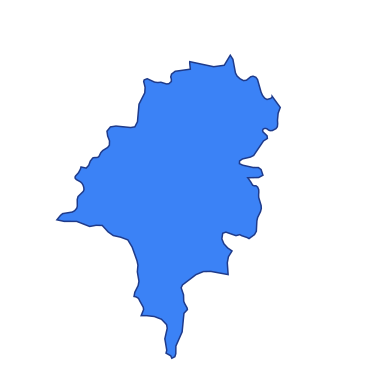 an SVG outline of Alpes-de-Haute-Provence, rotated 141°
{"feature_id": "FRA-5265", "entity_name": "Alpes-de-Haute-Provence", "entity_type": "Metropolitan department", "adm_level": 1, "iso_a3": "FRA", "parent_name": "France", "parent_adm1": "", "projection": "orthographic", "projection_center": [6.23, 44.166], "detail": "fine", "context": "isolated", "style": "filled", "palette": "blue", "viewbox_px": 384, "rotation_deg": 141, "n_neighbors": 0, "source": "natural_earth", "source_scale": "10m", "svg_char_len": 2752}
<svg xmlns="http://www.w3.org/2000/svg" viewBox="0 0 384 384"><g transform="rotate(141 192 192)"><path d="M312.3,75.5L311.6,78.1L313.6,83.1L311.2,84.9L305.5,95.0L297.0,101.7L295.2,104.9L295.8,112.3L299.6,118.9L304.8,124.2L309.3,127.9L303.6,131.1L302.4,133.1L301.1,140.5L300.7,142.0L300.6,143.2L301.3,145.3L302.0,146.4L302.8,147.3L299.5,150.1L292.7,153.2L289.4,156.0L284.7,164.4L280.1,169.1L278.0,173.2L273.2,186.8L272.0,195.2L275.9,201.8L280.6,207.7L282.3,213.8L282.8,222.5L287.5,226.5L293.2,229.6L300.1,241.7L309.9,249.7L314.5,255.4L308.8,256.6L306.1,256.6L297.7,251.8L295.0,251.3L291.8,251.9L290.1,253.1L285.9,258.4L283.4,260.2L276.0,260.9L274.5,261.8L273.3,263.5L272.4,265.7L272.0,268.0L272.3,270.1L274.0,274.3L274.2,276.0L273.5,277.2L272.5,277.7L268.1,278.4L264.3,280.0L262.5,281.3L259.2,277.2L255.5,277.7L251.6,280.0L247.7,280.9L246.5,280.4L244.4,278.8L243.3,278.2L241.9,278.2L238.0,280.0L235.2,280.4L229.6,279.7L226.8,280.3L223.9,283.7L222.3,288.6L219.8,292.8L214.4,293.9L209.6,291.1L199.1,280.7L195.4,278.6L190.2,280.9L177.9,293.6L166.3,298.8L162.6,302.8L160.0,308.3L158.6,309.2L155.5,308.2L151.9,300.9L149.7,298.6L147.1,296.9L143.8,292.0L141.8,290.7L138.5,290.9L137.1,292.6L136.1,294.8L133.7,296.5L129.1,296.4L116.0,288.5L112.6,293.7L111.7,294.7L96.3,275.7L87.2,270.2L76.2,274.2L76.7,269.4L83.3,257.2L84.0,253.8L83.4,249.7L81.9,246.2L79.4,244.6L73.9,244.6L71.7,243.6L70.2,241.0L70.3,238.2L75.5,226.1L76.4,222.7L76.5,219.3L75.5,216.7L72.2,215.3L70.3,215.1L69.5,216.0L70.2,202.2L75.5,199.0L80.4,194.0L82.5,191.1L84.6,189.0L86.9,188.4L90.9,189.2L92.7,190.5L93.6,192.1L93.8,193.5L94.6,194.9L95.8,195.8L97.1,196.1L98.3,195.5L99.0,194.2L98.3,188.4L99.7,186.2L104.3,186.7L121.1,181.6L124.7,182.4L131.9,185.9L135.5,186.2L137.3,184.2L135.7,180.9L129.1,172.6L125.0,169.2L124.2,166.0L126.3,160.4L131.1,161.3L139.7,168.0L140.0,163.0L140.6,159.1L139.7,157.6L138.4,156.6L137.9,154.5L138.7,151.8L140.3,149.7L142.0,147.9L143.6,145.8L146.8,138.0L148.5,135.6L151.2,133.6L157.0,130.9L159.7,128.8L166.7,121.0L170.2,119.6L170.3,119.6L170.5,119.6L170.8,119.6L171.1,119.6L171.4,119.6L171.5,119.6L171.9,119.7L172.1,119.7L172.3,119.7L172.6,119.7L172.8,119.7L173.0,119.7L173.4,119.7L173.7,119.7L173.9,119.8L174.1,119.8L174.3,119.8L174.5,119.8L174.9,119.8L175.1,119.8L175.4,119.8L175.6,119.8L175.8,119.8L176.1,119.9L176.4,119.9L176.5,119.9L176.8,119.9L177.0,119.9L177.8,121.9L180.9,126.8L181.7,128.8L185.3,130.4L190.9,139.5L194.1,140.6L198.3,136.8L199.8,131.7L199.5,126.1L198.0,121.0L204.4,118.8L209.1,114.8L215.9,105.1L227.3,118.4L233.2,123.0L240.9,125.3L257.8,125.8L260.7,124.4L263.3,117.4L267.2,112.3L267.9,110.0L268.8,104.9L269.6,103.5L274.6,102.8L287.7,89.5L301.5,82.4L306.4,76.5L309.0,74.8L312.3,75.5Z" fill="#3b82f6" stroke="#1e3a8a" stroke-width="1.5"/></g></svg>